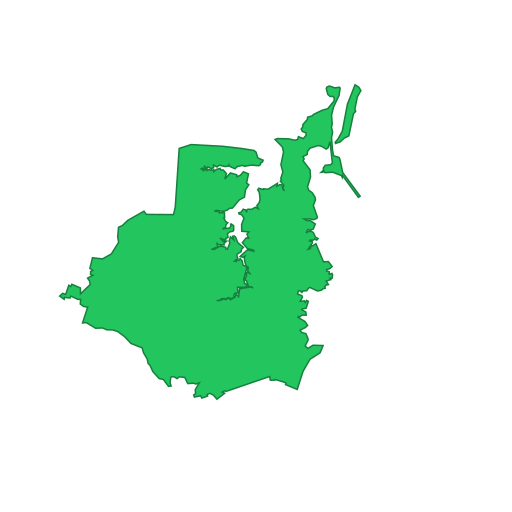 Whau Local Board Area, New Zealand, rotated 54°
{"feature_id": "76426892B68447981538079", "entity_name": "Whau Local Board Area", "entity_type": "district", "adm_level": 2, "iso_a3": "NZL", "parent_name": "New Zealand", "parent_adm1": "", "projection": "mercator", "projection_center": [174.682, -36.899], "detail": "fine", "context": "isolated", "style": "filled", "palette": "green", "viewbox_px": 512, "rotation_deg": 54, "n_neighbors": 0, "source": "geoboundaries", "source_scale": "gbopen_adm2", "svg_char_len": 6143}
<svg xmlns="http://www.w3.org/2000/svg" viewBox="0 0 512 512"><g transform="rotate(54 256 256)"><path d="M123.8,254.9L168.9,292.5L174.0,298.4L158.6,319.3L157.6,320.3L153.9,320.3L151.8,338.5L152.8,346.4L151.9,350.3L159.3,356.7L164.2,359.1L169.3,371.9L168.1,381.9L161.3,389.3L168.4,397.7L171.7,396.5L171.4,399.0L173.7,400.7L175.7,399.3L174.9,405.3L178.5,405.4L181.6,406.9L183.5,420.3L178.7,416.8L170.6,421.6L171.8,423.7L169.6,424.6L175.2,432.6L172.6,434.3L173.0,438.4L178.3,436.7L177.0,435.2L180.7,431.1L179.6,429.4L186.4,425.6L187.9,423.4L191.6,426.4L195.6,425.1L198.4,422.2L208.2,435.7L210.1,432.5L220.2,428.2L223.9,422.6L228.0,420.1L231.6,415.4L235.8,412.3L244.4,409.6L253.2,408.6L263.4,402.1L268.3,403.9L275.5,404.6L279.6,406.5L282.0,406.0L288.9,407.4L298.2,406.4L301.5,403.5L310.1,403.4L311.3,401.1L307.9,399.9L303.9,396.1L304.3,395.0L305.8,393.1L308.8,392.0L308.7,389.0L312.4,385.0L319.1,386.2L322.3,381.2L324.2,380.0L325.3,376.4L328.4,383.7L331.8,385.8L331.8,388.1L333.9,388.8L336.6,382.9L339.1,383.4L340.9,377.5L339.3,377.0L340.1,373.9L343.8,372.2L348.9,371.8L348.6,362.0L346.2,363.4L346.2,362.6L346.9,360.3L348.0,359.7L361.5,315.8L364.9,317.4L367.6,313.7L367.2,313.0L375.2,307.0L376.5,306.4L377.4,307.7L388.2,301.1L377.0,285.8L372.6,276.0L371.3,272.8L372.0,261.1L367.9,254.3L361.7,262.3L361.3,268.3L357.7,269.1L354.6,263.2L352.9,262.3L348.1,261.3L344.7,264.0L341.9,264.0L342.9,258.1L342.5,255.0L337.6,254.9L330.3,258.1L329.7,257.2L331.1,256.6L330.8,253.6L333.4,250.2L330.6,248.6L326.3,250.6L326.0,249.4L327.8,246.3L323.5,240.3L321.6,241.2L322.5,243.4L320.7,243.3L318.6,246.9L316.6,242.6L315.0,242.2L311.3,244.7L309.3,242.5L309.5,241.0L312.5,240.3L311.8,238.9L313.9,235.3L312.8,232.0L313.3,230.8L320.5,226.8L322.1,223.2L321.9,221.0L322.8,219.0L321.1,218.2L320.8,216.2L321.7,214.2L317.5,213.9L319.1,209.3L317.4,209.1L318.7,207.4L316.3,205.1L314.7,204.8L313.9,207.6L311.8,206.0L309.7,207.6L308.5,206.9L309.6,203.7L309.3,200.6L303.1,200.7L300.3,204.8L281.3,200.3L281.0,204.5L279.8,205.2L281.9,207.6L281.2,209.8L278.5,202.6L277.3,202.1L275.3,203.9L274.9,202.9L276.9,200.2L276.6,198.7L278.8,197.6L278.4,195.5L275.7,196.8L270.7,195.8L268.6,196.7L266.8,199.6L266.8,202.0L264.9,198.4L266.7,197.3L267.9,193.9L265.0,189.2L259.2,191.3L257.5,193.8L254.4,195.3L257.8,190.3L260.3,188.4L261.4,184.8L260.6,183.5L248.8,179.9L245.5,174.8L242.8,173.6L237.7,173.3L234.0,174.6L230.5,173.8L224.1,165.4L218.0,161.6L206.6,161.9L205.8,160.0L203.2,159.6L204.0,154.9L201.7,152.9L200.5,148.9L203.2,140.8L205.9,138.4L210.8,136.4L210.8,134.0L206.9,128.9L225.7,139.6L226.0,142.1L223.3,146.6L224.3,149.7L226.3,151.2L226.6,154.1L227.6,152.3L226.9,151.1L229.2,151.2L233.2,144.8L241.2,139.6L243.1,140.0L241.8,138.7L268.7,138.7L268.8,136.6L239.5,136.8L226.9,131.2L225.0,130.9L220.6,134.3L215.8,132.1L204.6,125.3L200.8,121.2L196.1,119.2L194.2,116.9L186.5,112.1L181.0,105.6L174.9,94.4L169.6,89.2L168.5,89.3L166.3,93.4L161.6,96.7L161.0,99.4L161.8,100.7L167.4,102.9L170.5,102.3L171.9,100.2L173.7,99.6L176.4,101.6L179.0,111.5L177.1,116.3L175.3,125.8L175.6,128.3L174.0,132.7L175.7,134.2L177.2,140.8L179.0,142.2L179.8,144.8L182.5,145.3L185.7,143.2L187.8,144.4L188.8,148.7L184.4,151.5L186.2,153.8L185.1,156.6L180.4,160.7L173.6,169.6L172.9,172.1L183.2,170.6L188.0,172.6L196.8,182.2L203.8,184.9L207.9,190.5L209.4,190.6L209.8,192.3L215.3,191.9L216.7,194.3L219.1,194.7L218.6,195.1L213.6,193.4L212.2,194.9L211.8,198.2L209.8,196.0L209.0,207.1L206.1,210.3L206.5,211.0L202.8,213.9L203.5,215.7L206.6,216.0L212.5,219.4L214.6,221.9L215.8,225.8L219.1,226.3L216.1,228.0L215.7,232.1L213.4,235.0L213.3,236.4L215.2,237.9L212.7,237.3L210.6,238.9L211.8,242.1L210.9,244.6L211.9,245.0L214.4,243.3L218.4,243.5L222.0,249.1L227.6,253.0L232.4,247.6L233.0,250.5L237.3,251.5L235.6,253.2L237.2,259.2L245.0,258.6L249.4,254.7L249.9,255.8L251.5,254.2L246.0,259.4L247.0,269.0L249.2,267.5L249.7,265.0L250.3,266.4L254.7,268.7L258.8,269.9L260.5,268.8L263.5,271.6L267.6,271.0L264.7,271.9L263.9,273.5L266.8,275.8L268.5,278.9L270.6,278.4L276.8,280.0L278.2,277.7L280.3,277.3L278.3,277.9L272.9,288.4L279.4,294.7L278.1,293.9L275.2,294.5L277.0,297.3L276.4,302.3L273.6,302.9L273.7,306.0L271.8,307.2L270.8,311.4L268.9,314.1L270.6,311.2L270.2,309.1L271.5,307.0L273.0,305.9L273.2,303.1L276.5,300.4L276.1,297.7L274.5,296.9L273.8,294.8L275.4,292.3L270.4,289.3L274.6,283.8L275.1,281.1L273.9,279.9L271.7,281.3L267.6,279.7L260.5,270.6L258.3,270.3L255.8,271.9L251.9,270.1L248.7,270.3L249.5,272.4L247.9,274.0L248.9,275.2L247.4,276.5L247.4,272.1L244.7,271.4L243.4,270.0L243.8,265.6L242.0,263.7L241.6,261.1L234.5,262.9L228.7,261.4L226.9,261.9L226.3,263.3L229.9,264.5L225.4,265.4L228.1,269.0L230.0,269.4L233.6,275.0L232.7,276.3L231.2,275.3L227.0,279.0L226.1,285.8L224.4,288.2L226.2,281.2L222.0,280.1L224.3,280.1L228.3,275.3L227.0,274.4L226.7,271.0L225.4,272.3L225.3,273.8L220.3,274.5L224.5,272.1L224.8,270.7L224.1,270.2L224.5,267.6L221.3,266.1L221.0,263.1L222.4,260.3L222.0,258.8L218.4,256.3L215.6,257.1L215.3,257.9L216.9,258.6L217.9,261.0L214.7,266.3L215.0,267.3L214.4,266.4L215.1,263.9L213.1,262.0L212.5,259.3L210.3,260.3L206.2,259.7L206.6,258.9L202.3,256.0L199.6,260.3L198.4,259.6L195.3,263.3L195.8,261.2L200.4,256.5L202.0,252.5L201.9,249.3L203.4,246.9L200.8,236.4L201.6,230.7L196.3,225.6L194.1,219.9L191.4,220.7L185.1,213.8L180.4,216.7L181.5,221.1L180.7,224.8L179.0,223.8L173.8,227.8L175.4,236.0L172.0,231.5L167.2,231.9L165.6,234.0L164.0,233.6L162.7,237.1L162.9,240.5L161.4,239.4L160.8,241.3L158.3,243.5L157.9,245.5L156.6,244.3L156.0,248.6L154.0,247.7L154.1,248.6L153.8,249.0L153.5,249.2L153.3,249.3L153.6,247.2L155.0,247.6L155.6,245.5L152.3,244.7L155.0,244.9L155.7,242.6L159.2,240.7L159.6,238.4L157.5,236.9L161.1,235.2L161.0,232.3L165.6,228.3L166.8,225.9L166.3,224.4L167.4,225.0L173.1,221.7L172.6,218.6L174.9,213.4L176.7,212.6L179.6,206.5L184.6,200.7L184.7,198.7L183.4,197.6L183.8,195.6L182.7,193.9L177.6,196.9L172.0,194.9L169.4,195.6L160.3,204.7L147.7,218.4L127.7,243.0L123.8,254.9ZM179.8,73.6L175.7,75.2L186.9,92.8L205.7,112.8L209.6,121.0L210.5,125.1L211.7,125.5L213.2,120.8L212.5,115.4L213.4,110.3L198.3,93.6L197.5,90.3L195.2,89.6L186.8,80.4L183.8,73.9L179.8,73.6Z" fill="#22c55e" stroke="#15803d" stroke-width="1.5"/></g></svg>